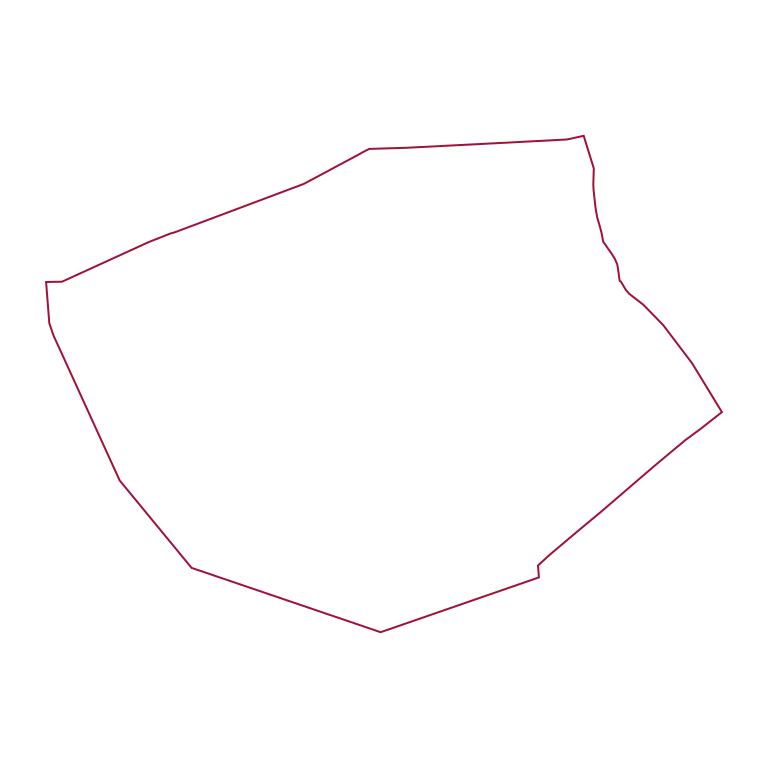 San Pedro Tidaá, Oaxaca, Mexico (Equal Earth projection)
{"feature_id": "50627088B21905525899656", "entity_name": "San Pedro Tidaá", "entity_type": "district", "adm_level": 2, "iso_a3": "MEX", "parent_name": "Mexico", "parent_adm1": "Oaxaca", "projection": "equal_earth", "projection_center": [-97.375, 17.337], "detail": "fine", "context": "isolated", "style": "outline", "palette": "rose", "viewbox_px": 768, "rotation_deg": 0, "n_neighbors": 0, "source": "geoboundaries", "source_scale": "gbopen_adm2", "svg_char_len": 747}
<svg xmlns="http://www.w3.org/2000/svg" viewBox="0 0 768 768"><path d="M380.6,632.2L538.9,577.4L538.0,565.5L549.2,555.2L577.3,531.5L601.0,511.8L654.2,466.1L674.4,449.2L685.7,439.8L700.0,429.3L721.9,412.1L692.0,363.1L663.1,325.0L643.3,304.7L633.6,297.2L629.2,293.8L625.7,289.7L620.9,281.6L619.8,281.0L619.1,277.5L618.6,273.1L617.3,264.5L614.7,258.6L611.3,253.2L603.2,241.7L601.6,233.2L599.8,226.3L597.2,217.4L595.6,208.3L593.6,190.5L593.3,184.6L593.8,168.4L583.7,135.8L568.8,139.1L566.4,139.5L498.1,143.1L406.1,147.8L369.3,148.9L364.3,151.4L359.1,154.3L303.8,183.9L183.3,229.1L174.2,232.5L170.7,233.4L148.6,242.1L62.0,281.7L46.1,282.0L49.3,323.2L53.5,335.5L119.7,480.5L191.6,567.9L380.6,632.2Z" fill="none" stroke="#9f1239" stroke-width="2"/></svg>